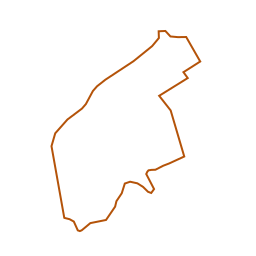 Neretas, Mercator projection, rotated 70°
{"feature_id": "LVA-5724", "entity_name": "Neretas", "entity_type": "Municipality", "adm_level": 1, "iso_a3": "LVA", "parent_name": "Latvia", "parent_adm1": "", "projection": "mercator", "projection_center": [25.191, 56.328], "detail": "fine", "context": "isolated", "style": "outline", "palette": "amber", "viewbox_px": 256, "rotation_deg": 70, "n_neighbors": 0, "source": "natural_earth", "source_scale": "10m", "svg_char_len": 724}
<svg xmlns="http://www.w3.org/2000/svg" viewBox="0 0 256 256"><g transform="rotate(70 128 128)"><path d="M190.6,218.6L118.9,206.1L108.1,198.2L99.3,182.0L94.0,164.6L91.1,159.4L81.2,148.3L78.2,142.8L74.9,132.8L67.1,100.0L59.3,77.3L54.0,68.2L47.6,66.1L49.6,59.7L56.5,56.8L59.7,50.0L62.4,42.2L90.2,37.4L94.5,56.8L101.5,54.8L108.4,87.7L126.1,81.9L174.0,84.9L175.4,101.6L175.5,107.8L176.6,116.5L175.4,120.2L174.8,123.2L175.7,124.8L177.5,126.6L194.3,124.4L197.0,128.4L194.8,131.0L188.5,134.0L183.2,138.1L179.2,144.4L179.1,150.0L187.2,156.2L192.8,163.9L197.5,167.0L206.9,180.1L204.5,195.9L208.3,206.5L208.4,208.5L207.0,210.2L197.4,210.9L193.7,214.1L190.8,218.4L190.6,218.6Z" fill="none" stroke="#b45309" stroke-width="2"/></g></svg>